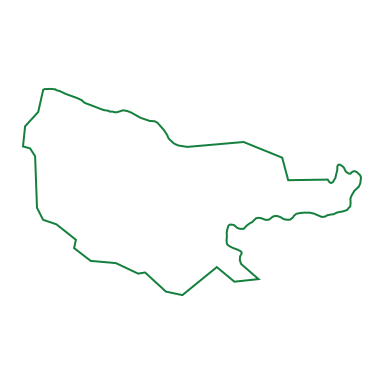 Talas, Talas, Kyrgyzstan (Natural Earth projection)
{"feature_id": "92254566B96256320662490", "entity_name": "Talas", "entity_type": "district", "adm_level": 2, "iso_a3": "KGZ", "parent_name": "Kyrgyzstan", "parent_adm1": "Talas", "projection": "natural_earth1", "projection_center": [73.078, 42.39], "detail": "fine", "context": "isolated", "style": "outline", "palette": "green", "viewbox_px": 384, "rotation_deg": 0, "n_neighbors": 0, "source": "geoboundaries", "source_scale": "gbopen_adm2", "svg_char_len": 1920}
<svg xmlns="http://www.w3.org/2000/svg" viewBox="0 0 384 384"><path d="M243.5,228.9L247.1,225.3L249.8,223.3L252.4,222.0L253.4,220.8L256.2,218.2L258.6,217.8L260.9,218.1L265.7,219.9L268.7,219.7L270.2,218.8L272.1,217.2L273.7,216.2L276.9,215.9L280.7,217.2L282.9,218.7L284.9,219.4L287.8,219.8L290.1,219.6L292.8,217.6L294.1,215.6L296.4,213.8L300.1,213.0L304.0,212.7L309.9,212.7L314.0,213.6L321.6,216.9L324.8,216.7L327.4,215.2L330.4,214.6L333.7,214.2L337.0,212.5L342.8,211.4L345.1,210.7L347.1,210.0L348.8,207.8L350.2,206.5L350.6,203.0L350.4,198.6L351.6,195.5L354.4,190.8L358.8,186.7L360.3,183.3L361.0,177.4L360.1,175.2L356.7,172.0L354.7,171.2L353.2,171.4L351.4,172.5L350.6,173.6L348.8,173.6L347.1,172.5L345.8,171.6L343.8,167.5L342.1,166.0L340.0,164.7L338.4,164.7L337.7,165.5L337.3,166.8L337.3,168.9L337.1,170.9L336.2,174.1L335.4,177.9L334.1,180.0L332.9,182.1L331.7,182.8L330.5,182.9L329.3,182.0L327.7,179.6L288.2,180.2L282.2,157.7L243.6,142.0L187.3,146.9L178.4,145.5L174.9,144.0L172.9,142.6L169.2,139.1L167.8,136.9L167.4,135.4L163.8,129.9L157.5,122.8L154.8,121.3L149.6,120.9L140.5,117.8L131.5,112.7L127.2,111.0L123.1,110.3L116.7,112.3L114.6,112.2L112.4,111.6L109.7,111.6L108.5,110.8L103.4,110.0L94.6,106.6L85.0,103.0L82.6,101.2L82.0,100.3L77.2,98.1L66.1,94.1L59.8,91.1L56.1,90.1L55.6,89.4L51.1,88.9L44.6,89.1L43.2,89.8L38.2,112.0L25.1,126.3L23.0,146.4L30.1,148.4L35.1,156.2L37.0,207.8L43.1,219.8L56.4,224.3L75.9,239.8L74.1,248.1L90.7,260.9L115.9,263.1L138.1,273.6L145.1,272.5L165.9,291.6L182.4,295.1L216.8,267.1L234.4,281.7L258.5,279.1L247.1,269.2L242.5,265.2L241.0,263.8L239.8,259.9L240.1,256.5L240.8,255.0L241.5,253.9L241.6,252.4L240.6,251.2L237.9,249.8L233.1,248.0L232.4,247.7L229.8,246.3L228.1,245.3L226.9,243.8L226.6,241.2L226.6,239.5L226.9,236.4L226.7,232.8L227.2,229.8L228.4,225.7L229.9,224.6L231.2,224.6L233.8,225.0L235.2,226.1L237.4,228.0L240.2,228.9L243.5,228.9Z" fill="none" stroke="#15803d" stroke-width="2"/></svg>